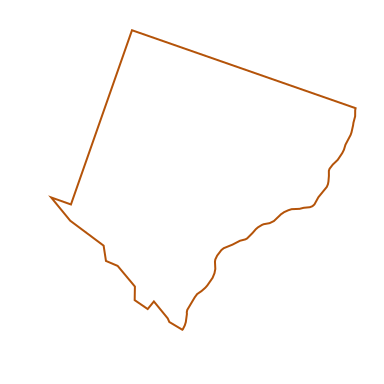 Des Moines, Iowa, United States of America, rotated 19°
{"feature_id": "52423323B51046166578501", "entity_name": "Des Moines", "entity_type": "district", "adm_level": 2, "iso_a3": "USA", "parent_name": "United States of America", "parent_adm1": "Iowa", "projection": "natural_earth1", "projection_center": [-91.071, 40.885], "detail": "fine", "context": "isolated", "style": "outline", "palette": "amber", "viewbox_px": 384, "rotation_deg": 19, "n_neighbors": 0, "source": "geoboundaries", "source_scale": "gbopen_adm2", "svg_char_len": 1050}
<svg xmlns="http://www.w3.org/2000/svg" viewBox="0 0 384 384"><g transform="rotate(19 192 192)"><path d="M60.6,243.0L86.2,258.8L125.9,271.5L133.1,285.2L145.8,286.1L168.8,300.0L173.0,312.9L188.2,317.1L191.6,307.9L210.2,319.4L212.9,322.3L227.7,325.4L228.0,324.9L228.6,320.5L228.5,317.0L226.9,309.0L226.2,307.3L225.9,305.0L228.9,290.6L230.1,286.8L233.3,282.5L235.8,278.1L236.9,275.4L239.4,266.5L239.7,261.5L239.1,257.2L236.4,250.4L236.0,248.2L236.5,243.9L238.7,237.3L240.3,234.8L247.4,228.6L253.2,222.5L257.9,219.4L259.2,218.0L262.7,210.8L264.4,206.5L265.9,203.9L269.0,200.2L270.3,199.1L275.5,196.2L278.9,192.8L283.5,183.9L284.4,182.8L285.6,181.1L289.0,177.9L291.8,175.8L299.2,172.9L302.7,170.6L308.4,168.0L310.5,166.2L311.8,163.9L313.2,155.8L317.8,143.3L318.0,140.4L317.6,137.7L316.2,132.2L314.5,127.4L314.5,125.2L316.2,120.2L319.3,114.2L321.4,106.3L321.9,102.5L321.7,97.3L323.4,86.4L323.4,83.7L322.6,76.5L322.1,74.0L321.6,67.3L319.6,61.3L319.6,61.0L319.4,59.5L82.6,58.6L81.6,243.2L60.6,243.0Z" fill="none" stroke="#b45309" stroke-width="2"/></g></svg>